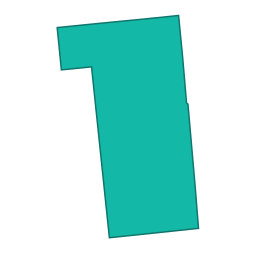 Miami, Indiana, United States of America, rotated 175°
{"feature_id": "52423323B68202154434089", "entity_name": "Miami", "entity_type": "district", "adm_level": 2, "iso_a3": "USA", "parent_name": "United States of America", "parent_adm1": "Indiana", "projection": "robinson", "projection_center": [-86.062, 40.781], "detail": "fine", "context": "isolated", "style": "filled", "palette": "teal", "viewbox_px": 256, "rotation_deg": 175, "n_neighbors": 0, "source": "geoboundaries", "source_scale": "gbopen_adm2", "svg_char_len": 328}
<svg xmlns="http://www.w3.org/2000/svg" viewBox="0 0 256 256"><g transform="rotate(175 128 128)"><path d="M67.8,235.7L83.0,235.4L129.2,234.9L159.4,234.6L189.8,234.2L189.3,191.7L159.0,192.1L156.1,20.3L66.5,21.9L66.2,64.4L66.2,146.5L67.5,147.8L67.4,192.8L67.8,235.7Z" fill="#14b8a6" stroke="#0f766e" stroke-width="1.5"/></g></svg>